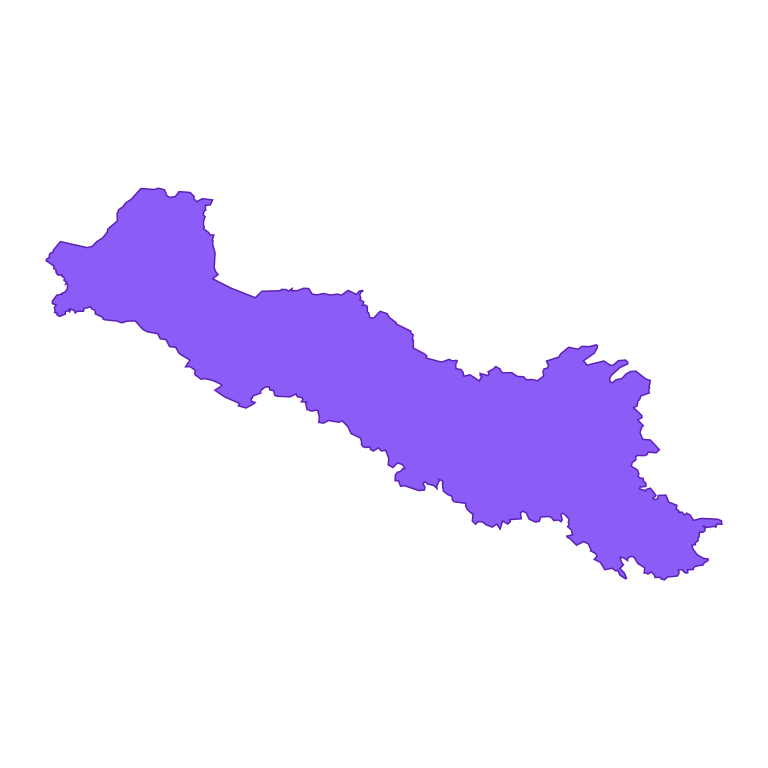 Cavan - Belturbet Lea-6, Cavan, Ireland
{"feature_id": "5873133B49845781008100", "entity_name": "Cavan - Belturbet Lea-6", "entity_type": "district", "adm_level": 2, "iso_a3": "IRL", "parent_name": "Ireland", "parent_adm1": "Cavan", "projection": "equal_earth", "projection_center": [-7.632, 54.119], "detail": "fine", "context": "isolated", "style": "filled", "palette": "violet", "viewbox_px": 768, "rotation_deg": 0, "n_neighbors": 0, "source": "geoboundaries", "source_scale": "gbopen_adm2", "svg_char_len": 6078}
<svg xmlns="http://www.w3.org/2000/svg" viewBox="0 0 768 768"><path d="M649.4,385.9L650.3,380.5L645.7,378.9L635.8,371.1L630.3,371.6L626.0,374.0L622.0,378.5L616.0,379.8L613.0,382.4L610.9,382.5L609.7,380.2L610.0,377.4L611.6,375.1L619.9,367.6L627.7,363.9L627.7,362.3L625.5,360.0L618.4,360.7L612.9,365.4L609.8,364.9L603.9,361.0L587.2,365.2L583.4,360.8L594.3,353.2L597.1,348.1L597.5,345.8L596.5,344.8L589.3,346.6L581.9,346.4L578.0,349.2L568.7,347.3L560.5,354.0L559.0,357.0L546.4,361.1L548.3,365.1L547.8,367.8L543.8,369.1L543.0,372.4L543.7,376.0L537.3,380.8L532.2,379.5L526.4,379.8L523.7,376.8L517.4,376.4L511.7,372.6L503.1,372.9L501.3,371.7L500.0,368.9L495.7,366.5L493.0,369.3L488.1,371.7L489.2,374.0L487.8,375.5L480.1,373.4L480.3,375.7L481.9,376.3L479.2,380.9L470.0,374.8L463.9,376.2L462.9,372.0L460.9,369.5L456.0,368.7L455.7,364.3L457.2,360.9L456.4,360.4L452.3,360.9L449.2,359.4L441.6,362.1L426.0,358.0L426.8,356.1L424.6,354.0L413.3,348.0L413.4,340.2L412.2,339.7L413.3,335.1L410.9,332.9L410.7,331.1L396.1,324.0L396.2,322.7L389.2,317.4L387.2,313.7L380.1,311.3L373.7,318.1L369.8,317.6L368.6,312.7L367.3,311.8L367.3,306.5L365.2,305.0L362.4,305.5L363.8,301.9L359.7,299.5L360.8,298.2L359.7,294.7L361.5,291.4L362.7,291.3L362.3,290.4L359.1,291.2L356.6,294.5L348.2,290.4L341.1,295.3L338.0,294.1L330.3,295.0L323.4,293.5L316.5,294.9L312.1,294.0L308.8,288.6L303.8,288.2L297.1,290.7L291.7,290.7L292.1,288.6L288.5,291.0L286.0,289.6L281.6,289.4L279.9,290.8L262.0,291.2L255.3,297.7L231.6,288.4L212.7,278.8L218.1,274.6L215.4,271.2L214.2,267.3L215.1,253.1L212.5,243.1L213.2,241.1L212.3,240.3L213.8,235.0L210.0,234.9L208.6,232.4L203.5,228.8L204.3,226.9L203.4,224.8L203.7,220.4L205.1,216.7L203.0,214.6L204.4,210.7L205.7,210.2L205.2,205.5L210.4,204.8L212.6,199.9L202.2,198.7L196.8,201.7L193.8,198.5L194.1,196.6L190.3,192.5L179.0,191.6L175.3,196.6L170.4,197.4L167.2,196.2L164.4,189.7L158.3,188.2L154.5,189.5L140.9,188.5L131.6,199.0L125.3,203.3L123.0,206.8L118.9,209.5L117.1,213.7L117.3,221.0L107.8,229.1L107.2,232.2L102.7,237.9L96.9,241.5L92.2,246.5L87.0,247.6L60.5,241.6L53.6,249.8L53.1,251.8L49.6,253.9L49.0,257.9L46.7,259.0L46.1,260.7L53.7,265.9L53.9,268.7L56.5,270.5L55.8,271.9L57.8,275.0L62.2,275.1L61.9,276.2L64.5,277.9L64.0,280.5L66.6,282.0L65.7,284.1L66.9,283.4L67.7,285.0L67.1,289.2L65.2,291.9L61.6,293.6L61.8,294.3L56.8,295.2L52.3,301.2L52.4,303.6L56.9,305.3L55.9,305.1L54.3,307.7L55.2,310.9L54.6,312.5L57.3,313.3L56.9,314.8L59.4,316.4L65.4,314.1L65.3,311.6L68.1,310.7L69.7,311.9L70.3,310.2L69.3,309.3L70.3,308.8L74.7,310.9L75.1,313.0L77.1,311.4L83.5,311.2L84.1,308.5L90.8,306.8L91.5,308.7L95.0,310.3L95.4,313.9L102.5,317.2L102.9,318.8L104.9,319.8L116.4,320.9L121.7,322.8L127.5,321.1L135.2,320.9L142.9,329.4L147.0,331.7L157.7,333.7L160.2,338.7L166.0,339.6L169.6,346.6L175.7,347.3L179.2,353.6L189.9,360.1L185.5,366.8L190.0,366.6L195.6,370.6L194.6,373.3L195.2,374.9L201.0,379.2L204.7,378.6L212.9,380.5L220.8,384.2L221.8,385.7L214.9,390.2L224.8,397.0L239.7,403.5L238.3,405.8L246.0,408.0L253.4,404.0L255.1,402.5L251.6,401.4L251.1,398.3L252.3,398.0L252.9,396.0L260.8,393.0L260.4,391.6L261.5,389.9L265.1,387.0L269.2,386.9L269.8,390.0L273.4,390.5L274.8,395.4L277.3,396.3L290.0,396.8L296.2,394.0L297.3,396.7L302.0,397.7L303.0,399.5L301.3,401.8L306.5,402.0L305.6,403.1L307.0,409.5L311.7,411.1L317.0,410.1L318.4,411.1L318.0,412.6L319.4,416.0L318.8,422.4L323.7,423.1L328.4,420.5L338.7,422.2L342.3,421.0L348.0,426.8L351.1,433.6L360.5,438.1L361.8,442.7L361.3,444.1L362.7,446.4L365.1,447.5L370.1,447.0L370.6,449.5L373.4,451.1L378.4,447.8L381.1,450.9L385.8,450.4L388.8,458.5L388.2,464.9L393.1,467.5L397.5,462.8L402.6,464.7L404.9,468.5L402.9,468.7L400.4,471.6L397.4,472.2L395.4,475.0L395.1,480.6L398.6,480.9L400.5,486.3L404.5,485.7L418.6,490.5L424.3,490.1L425.0,487.4L422.9,483.3L425.4,481.9L427.8,484.1L434.0,485.5L437.0,488.5L436.7,486.3L439.4,480.4L439.0,479.5L441.2,480.3L443.1,481.8L442.4,484.2L443.4,491.1L447.6,494.5L452.1,496.3L452.3,499.6L454.0,501.7L465.8,503.4L465.6,506.1L467.7,509.9L471.9,513.7L473.0,513.5L472.3,521.1L475.6,524.2L478.0,521.7L482.5,521.9L486.0,524.8L492.2,527.1L496.8,524.0L500.1,529.1L502.6,521.0L507.7,524.1L510.4,521.5L509.6,519.6L521.3,518.8L520.4,512.9L522.6,511.3L526.2,512.7L529.2,519.2L535.6,522.1L539.4,521.2L540.7,517.0L548.7,516.5L551.4,517.5L553.9,520.6L558.3,520.0L561.3,521.7L562.2,519.7L561.0,514.8L562.2,513.4L563.9,513.7L569.1,519.2L568.2,522.5L569.4,524.2L567.6,526.7L571.3,529.7L572.5,534.9L566.8,536.1L567.3,537.3L570.0,538.7L576.5,545.2L583.4,541.7L588.2,543.7L590.8,549.3L590.5,550.8L596.3,553.9L596.8,556.4L594.3,559.4L600.4,562.4L604.8,569.7L612.2,568.2L615.2,570.7L617.9,570.6L619.9,575.1L625.4,578.7L626.5,578.2L624.5,573.3L620.0,568.4L623.5,564.7L621.9,563.1L619.9,557.3L623.8,557.9L627.6,560.6L627.7,558.1L630.6,556.5L633.7,556.8L637.9,563.6L644.7,567.7L644.2,573.1L646.1,572.7L647.9,574.1L651.3,571.9L654.6,575.3L655.0,577.5L660.0,577.3L661.4,579.1L664.5,579.8L667.5,577.0L677.4,576.0L679.1,572.9L678.4,569.9L682.1,569.7L685.0,572.9L687.7,572.9L687.7,569.7L693.4,569.5L693.5,567.9L695.3,566.3L703.2,564.9L704.3,562.7L708.0,560.6L708.1,558.9L703.5,558.4L697.2,554.7L693.0,549.1L691.9,545.2L695.4,544.7L695.2,542.9L698.2,540.6L697.7,538.9L699.2,536.7L699.4,532.3L702.7,532.3L704.8,530.9L705.2,527.9L702.6,525.8L706.8,527.4L714.7,526.4L715.8,527.2L717.0,524.1L721.9,524.2L721.4,520.7L717.5,519.2L701.3,518.4L693.6,520.4L690.3,515.2L686.9,513.2L684.6,515.1L682.0,512.1L678.8,512.5L678.8,510.7L676.1,508.9L676.9,505.3L668.8,502.1L665.9,495.1L658.4,495.4L657.5,498.8L655.6,499.6L652.8,498.7L656.0,495.5L650.5,488.2L646.3,489.4L645.8,490.8L639.6,488.9L640.0,487.1L645.8,486.4L646.0,483.5L643.5,481.0L643.1,478.3L640.0,478.0L638.0,476.1L638.9,473.8L637.4,469.9L631.3,466.2L632.1,462.7L635.8,459.9L635.7,457.1L636.9,455.5L644.8,455.6L647.1,454.6L648.1,452.1L656.1,452.8L659.4,449.7L650.3,440.0L642.7,439.3L640.0,432.5L641.8,427.2L643.3,425.7L637.7,419.9L642.0,417.6L641.8,415.5L633.6,407.7L637.2,405.8L637.9,400.5L639.5,399.9L640.9,395.9L649.3,393.0L648.6,389.7L649.6,387.9L648.6,386.3L649.4,385.9Z" fill="#8b5cf6" stroke="#5b21b6" stroke-width="1.5"/></svg>